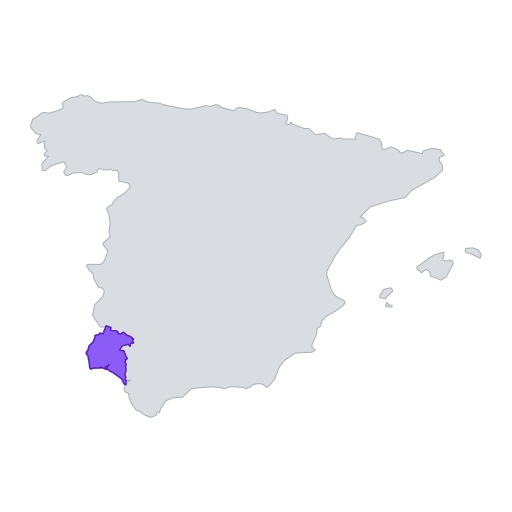 Spain, with Huelva highlighted
{"feature_id": "ESP-5824", "entity_name": "Huelva", "entity_type": "Autonomous Community", "adm_level": 1, "iso_a3": "ESP", "parent_name": "Spain", "parent_adm1": "", "projection": "natural_earth1", "projection_center": [-6.789, 37.509], "detail": "fine", "context": "in_parent", "style": "filled", "palette": "violet", "viewbox_px": 512, "rotation_deg": 0, "n_neighbors": 0, "source": "natural_earth", "source_scale": "10m", "svg_char_len": 6214}
<svg xmlns="http://www.w3.org/2000/svg" viewBox="0 0 512 512"><path d="M275.0,109.3L275.0,110.8L277.7,113.5L285.7,115.1L287.7,116.3L287.4,120.0L285.5,123.3L287.3,124.7L289.2,124.7L291.4,122.0L291.9,123.8L295.6,125.3L303.6,128.3L309.2,128.7L315.2,134.6L324.6,133.5L333.2,139.1L341.2,137.9L343.0,139.0L355.4,139.1L355.9,134.5L357.3,132.6L379.0,139.1L381.7,143.0L381.3,145.0L382.6,149.6L385.4,149.4L391.0,146.8L398.4,150.0L400.4,152.8L402.0,153.1L407.4,150.3L422.4,153.6L422.9,151.4L423.9,150.8L430.1,148.8L432.7,148.3L440.7,149.8L441.7,152.5L443.3,153.5L444.1,155.7L439.5,157.1L439.1,161.0L442.1,164.3L442.7,170.1L434.9,177.4L412.4,189.9L405.1,197.4L388.1,201.2L370.5,206.8L360.3,216.7L363.0,217.5L366.2,220.9L365.2,222.4L360.7,224.8L356.5,225.4L349.1,237.8L338.8,250.5L335.0,256.2L326.9,271.1L326.9,275.4L331.4,290.2L333.9,294.1L337.3,297.4L343.7,300.2L345.3,302.9L343.2,305.5L337.0,310.2L326.1,316.5L321.5,321.4L320.6,326.2L317.4,328.3L316.3,335.0L312.1,344.3L311.9,346.8L315.3,350.1L312.0,352.2L295.0,353.1L284.6,360.4L279.4,366.8L274.8,378.9L269.1,386.0L266.5,387.3L262.5,384.1L257.5,383.7L252.7,384.7L250.2,387.2L246.3,388.5L242.4,387.4L234.1,386.7L230.3,386.8L224.6,388.8L219.6,387.5L211.1,386.8L192.9,388.4L190.7,389.2L182.6,397.3L173.8,397.5L165.8,400.8L160.5,408.6L159.5,412.9L157.9,411.9L156.7,412.2L156.0,415.4L150.5,417.4L144.3,414.8L139.2,410.9L136.5,410.6L132.1,404.5L130.2,400.6L128.8,396.4L128.7,393.5L124.8,391.8L123.9,388.0L126.7,383.0L130.4,380.2L126.9,380.4L124.4,383.6L121.1,378.5L107.9,368.4L108.6,364.9L106.4,367.6L104.9,368.3L98.1,367.8L90.3,369.1L87.1,352.0L89.1,346.1L97.8,334.4L103.3,332.8L105.5,326.8L100.5,327.1L92.5,315.5L94.6,304.8L102.5,296.7L103.9,293.5L104.1,290.5L102.6,288.4L98.3,287.2L93.9,278.7L92.9,273.4L89.2,270.4L86.2,265.2L88.9,264.4L100.2,264.4L102.9,263.0L104.9,259.5L107.1,253.7L107.6,250.2L103.2,245.1L103.0,244.1L103.6,242.4L110.4,236.7L109.0,232.6L110.1,223.8L109.6,218.6L108.8,214.4L106.5,209.0L108.0,206.8L111.6,204.9L114.4,200.4L118.5,196.7L123.9,193.7L130.2,187.2L129.2,184.3L127.0,182.6L119.3,181.4L118.7,180.1L118.8,173.0L116.8,170.1L113.9,170.5L109.7,169.2L108.6,170.0L103.1,169.8L99.3,168.5L97.7,169.6L97.2,172.1L90.8,174.7L87.2,174.6L81.3,172.4L74.5,173.1L73.7,172.6L68.0,175.5L66.1,175.6L63.7,172.1L66.8,167.0L64.1,162.2L62.4,162.0L51.7,165.6L45.5,170.2L43.0,170.8L42.1,170.0L41.9,163.4L48.4,156.4L44.3,155.9L44.5,153.8L47.2,150.6L44.5,148.2L44.5,141.1L38.7,143.4L37.2,143.1L37.2,140.2L40.8,134.6L37.0,133.9L34.2,131.8L30.7,127.2L30.7,124.7L32.7,119.0L37.7,116.3L42.7,112.4L49.5,113.1L59.7,109.8L63.2,108.0L63.1,105.6L62.0,103.9L63.0,102.2L71.3,97.5L76.3,96.9L81.4,94.6L84.7,96.1L87.7,95.6L91.1,97.4L95.6,101.6L102.2,103.3L107.5,102.0L134.4,101.6L142.0,99.5L147.9,102.1L159.4,103.3L166.3,105.4L185.4,109.0L192.3,109.0L206.2,105.5L210.0,106.4L215.5,104.7L218.2,105.0L221.7,107.5L233.9,110.8L237.1,108.0L239.5,107.4L248.3,109.1L257.2,112.6L261.8,112.9L268.5,111.9L275.0,109.3ZM442.5,259.8L445.7,261.2L449.0,260.0L450.8,260.4L452.6,261.0L453.2,263.7L446.4,276.7L440.7,280.2L434.9,277.4L431.5,276.7L430.5,275.7L429.5,271.5L428.0,270.2L425.7,269.6L421.3,272.9L419.9,270.7L417.8,270.3L416.9,268.9L416.9,267.2L430.4,257.1L434.3,254.9L442.7,252.3L444.0,252.7L442.9,254.2L444.1,255.7L442.5,259.8ZM481.3,254.5L480.1,258.2L469.7,253.3L466.3,252.8L465.4,252.1L465.7,248.4L472.5,247.9L478.1,249.7L481.3,254.5ZM386.8,296.2L385.7,298.8L380.5,297.9L379.4,296.9L380.4,294.0L381.9,293.6L381.9,291.5L383.4,289.5L390.5,287.8L392.2,289.2L392.6,291.2L388.4,295.7L386.8,296.2ZM392.1,306.6L391.3,307.1L385.8,306.6L385.6,304.9L386.7,302.5L388.8,304.9L392.0,305.3L392.1,306.6Z" fill="#d9dde1" stroke="#a8b0b8" stroke-width="1"/><path d="M90.0,368.5L89.5,366.7L89.4,365.7L89.6,365.1L89.3,363.7L89.0,360.4L88.4,359.1L88.5,358.6L88.4,357.7L88.2,356.7L88.0,355.9L87.8,355.6L87.2,355.1L87.0,354.9L86.7,354.4L86.6,354.2L86.6,353.9L86.4,353.3L86.2,353.3L86.2,352.8L86.3,352.6L86.7,352.2L86.8,351.8L86.8,351.6L86.7,351.4L87.0,351.2L87.9,350.2L88.2,349.9L88.3,349.3L88.6,347.2L89.1,346.0L89.7,345.1L92.8,342.6L93.7,340.9L94.1,339.5L94.8,337.6L95.0,336.8L95.0,336.4L94.9,336.0L94.9,335.6L95.1,335.4L96.2,335.2L96.5,334.9L97.0,335.0L97.4,335.1L97.8,335.2L98.2,334.9L98.7,334.8L98.9,334.7L99.3,334.2L99.6,333.3L99.9,333.0L100.5,333.1L102.4,333.8L103.2,333.7L103.5,332.7L103.8,332.2L104.1,330.9L104.7,329.7L105.2,328.3L105.5,327.6L105.8,326.5L105.7,326.4L106.3,325.9L110.8,327.4L111.0,327.8L111.0,328.1L110.9,328.3L110.7,328.6L110.6,328.9L110.4,329.4L110.3,329.7L110.4,330.0L110.7,330.1L111.1,330.2L111.5,330.5L112.5,330.8L114.1,330.8L114.9,330.7L116.0,330.8L116.5,330.9L116.9,331.1L117.4,331.4L118.0,332.3L118.1,332.6L118.2,332.9L118.1,333.2L118.2,333.5L118.4,333.7L120.0,333.8L120.9,334.1L121.3,334.0L121.5,333.9L121.5,333.6L121.7,333.4L122.2,333.0L122.4,332.8L122.5,332.5L122.8,332.4L123.0,332.3L123.4,332.3L123.8,332.4L125.1,333.4L125.4,333.8L125.5,334.1L125.6,334.4L125.6,334.7L126.5,334.9L130.9,336.7L131.5,337.2L132.0,338.5L132.3,338.4L133.1,338.4L133.4,338.6L132.7,341.0L133.5,342.9L132.7,343.3L131.4,342.9L130.8,343.1L130.4,343.8L130.5,345.4L130.4,345.8L130.2,346.0L129.5,346.0L129.3,345.8L129.2,345.6L129.1,345.1L129.1,344.9L128.7,344.6L127.2,344.5L122.6,345.8L121.9,346.2L120.7,348.2L120.1,348.8L119.9,349.0L119.8,350.1L120.7,350.5L122.8,350.5L124.4,351.3L124.2,352.5L125.1,353.7L125.7,355.8L127.1,358.2L127.1,358.6L127.0,359.0L126.7,359.2L125.9,359.3L125.6,359.5L125.4,359.9L125.7,361.0L125.6,361.5L125.1,362.0L124.9,362.4L124.9,362.8L126.0,363.9L126.3,364.4L126.2,365.0L125.8,366.2L125.7,366.7L126.1,369.2L125.8,370.5L125.8,371.8L125.7,372.1L125.1,373.1L124.9,373.5L124.9,374.0L124.9,374.6L125.8,377.2L125.0,379.4L126.3,380.6L126.1,380.7L125.9,381.6L126.1,384.1L125.9,384.6L124.7,384.6L123.7,383.4L122.6,380.6L121.9,379.3L120.9,378.3L112.6,372.3L111.7,371.9L110.9,371.7L110.4,371.4L109.0,370.3L108.3,369.9L107.6,369.6L107.0,368.7L106.8,367.6L107.0,367.0L107.4,366.7L108.6,365.0L109.0,364.2L107.3,366.1L106.3,366.8L105.3,366.8L105.3,367.0L106.0,368.2L106.4,368.9L106.4,369.4L106.0,369.4L103.0,368.0L101.9,367.6L100.6,367.2L99.7,367.6L100.7,367.7L101.1,367.9L93.0,368.1L92.4,368.4L91.8,369.0L91.1,369.0L90.6,368.8L90.0,368.5Z" fill="#8b5cf6" stroke="#5b21b6" stroke-width="1.5"/></svg>